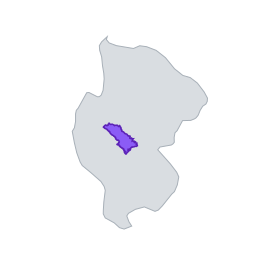 Muhanga, Southern, Rwanda shown in context, rotated 314°
{"feature_id": "39286606B71619932434084", "entity_name": "Muhanga", "entity_type": "district", "adm_level": 2, "iso_a3": "RWA", "parent_name": "Rwanda", "parent_adm1": "Southern", "projection": "robinson", "projection_center": [29.724, -1.939], "detail": "fine", "context": "in_parent", "style": "filled", "palette": "violet", "viewbox_px": 256, "rotation_deg": 314, "n_neighbors": 0, "source": "geoboundaries", "source_scale": "gbopen_adm2", "svg_char_len": 6080}
<svg xmlns="http://www.w3.org/2000/svg" viewBox="0 0 256 256"><g transform="rotate(314 128 128)"><path d="M104.9,78.5L107.5,78.4L124.7,73.8L126.4,75.2L129.2,84.3L130.6,85.6L133.0,85.9L137.8,83.9L146.7,76.8L150.6,72.5L155.1,66.4L160.9,59.6L164.2,53.7L167.3,50.2L171.5,49.2L176.1,49.4L179.3,49.6L176.6,51.0L176.1,55.3L179.1,62.3L189.0,76.7L195.3,79.3L199.4,84.9L203.4,94.3L204.6,106.1L202.9,120.3L203.9,130.9L207.5,137.8L208.5,146.7L206.8,157.8L204.7,164.4L202.2,166.5L199.4,167.4L195.6,166.6L190.9,167.6L185.9,169.6L182.7,169.9L180.8,169.5L177.0,167.8L171.2,162.1L160.2,165.2L157.2,165.1L153.2,167.8L149.9,171.2L147.9,171.4L145.9,171.0L136.5,164.2L133.0,164.5L131.6,183.3L130.0,193.8L128.1,198.5L121.3,203.0L114.5,205.6L110.8,205.4L95.8,206.8L90.0,206.8L86.8,205.3L82.6,194.6L74.6,189.8L67.0,187.6L63.9,188.2L61.2,193.8L60.0,198.8L52.6,195.4L50.4,191.1L50.2,184.0L47.5,174.1L49.0,169.9L51.9,167.2L58.0,162.0L67.4,154.9L69.4,151.4L70.7,145.7L70.1,132.4L69.2,121.2L70.3,117.2L74.5,108.5L80.2,99.6L86.9,90.2L90.9,89.3L96.2,85.8L101.7,80.5L104.9,78.5Z" fill="#d9dde1" stroke="#a8b0b8" stroke-width="1"/><path d="M122.9,144.1L122.7,143.8L122.7,143.7L122.6,143.3L122.4,143.3L122.2,143.0L122.0,142.8L122.1,142.7L122.6,142.4L122.7,142.2L123.1,142.4L123.0,142.0L123.0,141.8L122.8,141.6L122.6,141.5L122.4,141.4L122.1,141.3L122.0,141.2L122.0,140.9L122.0,140.6L122.2,140.4L122.3,140.5L122.3,140.3L122.3,140.2L122.3,139.8L122.2,139.8L122.4,139.6L122.2,139.6L122.5,139.4L122.9,139.0L123.4,139.4L123.6,139.3L123.7,139.2L123.9,139.2L123.6,138.9L123.4,138.7L123.3,138.1L123.1,138.0L123.2,137.9L123.3,137.7L123.2,137.3L123.0,137.2L122.7,137.1L122.6,137.3L122.4,137.4L121.9,136.6L122.2,136.4L122.5,136.0L122.4,135.9L122.5,135.8L122.7,135.6L123.1,135.5L123.5,135.4L123.6,135.0L123.6,134.9L123.3,134.8L123.1,134.6L123.0,134.2L122.9,134.0L122.6,133.7L122.4,133.7L122.4,133.4L122.6,133.2L122.5,132.4L122.7,132.2L122.7,131.9L122.8,131.7L122.7,131.2L122.5,130.8L122.4,130.7L122.1,130.3L122.1,130.2L121.9,129.9L122.0,129.4L121.9,129.3L122.0,129.0L121.9,128.4L122.0,128.0L122.1,127.9L122.1,127.7L121.8,126.7L121.8,126.4L121.5,126.3L121.4,125.9L121.6,125.8L121.6,125.4L121.7,125.2L121.9,125.2L122.2,124.8L122.2,124.6L122.2,124.3L122.4,124.3L122.4,124.1L122.5,124.0L122.6,123.8L122.5,123.6L122.7,123.3L122.9,123.2L123.0,122.8L123.0,122.7L123.3,122.6L123.3,122.2L123.5,122.2L123.5,121.7L123.5,121.4L123.6,121.2L123.6,120.9L124.0,120.5L124.0,120.4L123.5,120.5L123.0,120.4L122.7,120.3L122.4,120.1L122.4,119.9L122.6,119.6L122.7,119.2L122.6,118.4L122.4,118.1L122.0,118.0L121.8,117.6L121.5,117.5L120.9,116.6L120.4,116.7L120.2,116.3L120.3,115.8L120.2,115.2L120.0,114.6L119.8,114.0L119.2,113.5L118.7,113.4L118.4,112.9L118.2,112.5L118.4,111.9L118.4,111.6L118.5,111.4L118.4,111.2L118.2,111.4L118.0,111.2L117.7,111.3L117.4,111.1L116.9,111.1L116.7,111.3L116.3,111.7L116.1,111.7L115.8,111.4L115.5,111.5L115.3,111.4L115.2,111.1L114.9,111.0L114.8,110.7L114.8,110.1L114.4,110.0L114.3,109.9L114.3,109.7L114.0,109.7L113.9,109.6L113.7,109.6L113.2,109.6L112.5,109.6L112.1,109.5L111.7,109.6L111.4,109.9L111.5,110.2L111.9,110.5L111.7,110.8L111.7,111.1L111.6,111.5L111.8,111.7L111.8,112.1L112.0,112.3L112.0,112.6L112.2,113.2L112.4,113.3L112.4,113.9L112.5,113.9L112.5,114.0L112.4,114.2L112.5,114.6L112.4,114.7L112.2,114.8L112.3,115.1L112.2,115.7L112.5,116.2L112.4,116.3L112.5,116.6L112.2,116.6L112.2,117.3L112.4,117.3L112.5,117.8L112.3,117.9L112.2,118.1L112.0,118.4L111.9,118.5L112.0,119.0L112.0,119.4L111.8,119.6L111.8,120.0L111.9,120.3L111.8,120.5L111.9,121.0L111.8,121.3L111.9,121.6L112.1,121.6L112.1,121.9L112.1,122.0L112.4,122.6L112.4,122.9L112.2,123.3L112.4,123.5L112.5,124.2L112.7,124.4L112.5,124.8L112.3,124.9L112.3,125.3L112.3,125.5L112.5,125.7L112.4,125.8L112.3,126.0L112.1,126.0L111.6,126.6L111.6,126.8L111.8,127.0L111.6,127.4L111.8,127.9L111.6,128.2L111.6,128.8L111.8,129.0L112.0,129.0L112.4,129.2L112.5,129.5L112.6,130.1L112.5,130.4L112.2,130.7L112.0,131.3L111.5,131.3L111.4,131.5L111.2,131.4L111.1,131.7L110.8,131.6L110.6,131.7L110.4,131.7L110.3,131.9L110.2,131.9L110.0,131.7L109.8,131.8L109.1,131.5L108.8,131.4L108.6,131.4L108.5,131.6L108.5,132.0L108.8,132.4L108.9,132.5L109.0,132.7L109.4,132.9L109.5,133.0L109.6,133.3L109.6,133.5L109.3,133.7L109.2,133.9L109.2,134.2L109.1,134.4L109.0,134.5L109.2,135.2L109.4,135.3L109.3,135.5L109.2,135.5L109.0,135.8L109.2,136.0L109.3,136.2L109.2,136.5L109.3,136.8L109.2,137.0L109.2,137.3L109.4,137.3L109.5,137.6L109.6,137.9L109.8,138.1L109.8,138.3L109.6,138.5L109.6,139.1L109.4,139.1L109.4,139.3L109.4,139.6L109.5,139.6L109.4,139.8L109.7,139.8L109.6,140.0L109.4,140.1L109.2,140.3L109.3,140.6L109.4,140.9L109.3,141.0L109.1,140.9L109.0,141.0L109.1,141.5L108.9,141.3L108.8,141.5L108.7,141.5L108.5,141.9L108.4,141.8L108.2,141.9L108.3,142.2L108.5,142.2L108.5,142.4L108.2,142.4L108.2,142.6L108.1,142.8L107.9,142.6L108.1,143.0L108.0,143.5L107.9,143.5L107.8,143.2L107.7,143.3L107.7,143.5L107.9,143.6L108.0,143.8L108.1,143.7L108.2,144.1L108.0,144.3L107.7,144.3L107.7,144.5L107.9,144.7L107.9,144.8L107.9,144.7L108.1,144.7L108.2,144.8L108.6,144.6L108.8,144.5L109.1,144.5L109.3,144.4L109.4,144.5L109.7,144.4L110.1,144.6L110.3,144.6L110.6,144.5L110.7,144.4L110.9,144.1L110.8,143.9L111.2,144.4L111.4,144.6L112.0,144.6L111.9,144.2L112.0,143.8L111.9,143.4L112.0,143.3L112.3,143.4L112.3,143.5L112.4,143.4L112.4,143.5L112.4,143.3L112.5,143.2L112.6,143.3L112.9,143.3L112.9,143.2L113.0,143.2L113.0,143.4L113.3,143.5L113.2,143.8L113.3,143.8L113.2,143.9L113.2,144.0L113.4,144.4L113.4,144.5L113.6,144.6L113.7,144.8L113.8,144.7L114.0,144.7L114.4,144.6L114.4,144.4L114.5,144.3L114.5,144.2L114.9,144.1L115.0,144.0L115.3,144.1L115.6,144.0L115.7,143.9L115.8,144.0L116.2,143.9L116.5,144.0L116.7,143.9L117.3,144.5L117.7,144.5L117.8,144.8L118.3,145.1L118.7,145.5L119.3,145.6L119.5,145.8L120.0,146.0L120.2,146.4L120.5,146.8L121.0,146.9L121.4,146.8L121.6,146.8L121.8,147.0L121.9,146.9L122.0,146.8L121.9,146.5L122.1,146.3L122.3,146.1L122.1,145.7L122.0,145.4L122.7,145.3L122.9,145.0L123.1,145.0L123.2,144.9L123.3,144.9L123.2,144.6L122.9,144.2L122.9,144.1Z" fill="#8b5cf6" stroke="#5b21b6" stroke-width="1.5"/></g></svg>